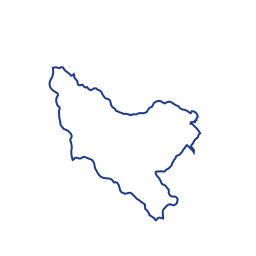 Setubinha, Minas Gerais, Brazil, rotated 323°
{"feature_id": "56859067B2434426876365", "entity_name": "Setubinha", "entity_type": "district", "adm_level": 2, "iso_a3": "BRA", "parent_name": "Brazil", "parent_adm1": "Minas Gerais", "projection": "equal_earth", "projection_center": [-42.151, -17.609], "detail": "fine", "context": "isolated", "style": "outline", "palette": "blue", "viewbox_px": 256, "rotation_deg": 323, "n_neighbors": 0, "source": "geoboundaries", "source_scale": "gbopen_adm2", "svg_char_len": 3750}
<svg xmlns="http://www.w3.org/2000/svg" viewBox="0 0 256 256"><g transform="rotate(323 128 128)"><path d="M94.5,218.2L96.0,218.5L97.6,218.0L99.0,218.3L100.3,219.8L101.4,221.3L102.4,220.6L103.3,218.8L104.2,217.5L105.1,216.0L106.3,214.9L107.9,214.2L109.5,214.0L111.0,213.7L112.3,213.5L114.0,213.5L115.4,214.0L116.3,215.0L117.2,216.4L118.4,217.5L120.4,217.6L121.8,217.4L123.2,216.2L124.8,214.8L125.0,213.1L124.6,211.6L123.4,210.3L122.0,209.3L121.2,207.9L121.0,205.9L121.7,203.9L122.7,202.9L123.4,201.4L123.2,199.2L123.1,196.2L122.1,194.4L121.4,192.6L121.9,191.0L122.3,189.1L122.6,186.9L122.4,184.9L122.4,182.6L122.8,180.8L123.8,179.7L125.2,180.3L126.2,181.0L127.3,182.0L128.5,182.4L129.4,183.5L130.3,184.5L131.6,184.7L132.9,184.4L134.4,184.5L136.3,184.8L138.0,184.4L139.9,184.2L141.1,183.6L142.3,182.5L143.9,182.2L145.1,181.3L147.0,180.9L148.3,180.3L149.6,179.5L151.5,179.9L153.1,180.3L155.2,180.0L157.1,179.5L158.7,178.8L160.2,178.3L161.4,178.1L163.0,177.4L164.7,177.1L165.3,179.5L165.7,182.5L166.1,184.8L165.9,187.0L167.3,185.4L167.4,183.3L167.1,181.3L168.1,179.9L169.4,179.6L170.8,179.5L172.0,178.5L173.5,178.0L175.3,177.5L177.0,177.5L178.6,177.3L179.6,176.3L181.0,175.7L182.4,175.7L182.6,174.0L182.7,172.3L182.7,169.9L182.2,167.6L182.0,165.7L181.7,163.5L180.5,162.1L182.2,161.3L184.0,162.5L185.2,163.5L186.1,162.3L187.5,162.9L188.8,161.3L190.5,161.0L191.2,159.5L191.4,157.6L191.2,156.0L190.5,154.3L189.0,153.0L187.0,153.9L186.2,152.2L185.6,150.1L184.6,148.2L183.3,146.7L182.0,145.0L181.4,143.2L181.4,141.1L180.3,139.2L179.3,137.2L178.6,135.0L178.0,133.3L176.9,131.8L175.6,131.2L174.0,130.7L172.2,130.5L171.1,128.5L170.2,126.1L168.7,124.8L167.6,124.2L165.7,123.8L163.7,123.6L161.9,124.6L160.0,125.4L158.2,125.0L156.7,125.0L154.7,125.5L153.0,126.4L151.4,126.3L149.9,125.8L148.5,125.0L146.8,123.4L145.1,122.6L143.8,122.3L142.6,122.0L141.4,121.0L140.1,119.9L138.5,119.8L137.3,118.7L136.2,116.7L134.3,115.0L132.8,113.9L132.2,112.3L131.0,110.9L129.7,108.5L128.7,106.8L129.2,104.9L128.6,103.3L128.1,101.3L128.5,99.0L129.4,97.3L130.2,95.1L129.6,93.0L128.6,91.8L127.8,90.5L127.7,88.2L127.8,85.8L128.4,83.8L128.3,81.5L127.4,80.2L126.7,78.9L126.3,77.0L124.7,75.9L122.7,75.8L120.9,75.3L120.0,73.3L119.9,70.7L118.4,70.1L117.7,68.2L117.7,66.1L116.1,65.2L114.7,64.6L114.2,62.8L115.1,61.2L115.8,59.9L115.6,57.8L115.4,55.8L116.4,54.0L117.1,52.4L115.4,52.6L114.0,51.9L113.9,50.1L113.5,48.5L113.1,46.8L112.5,44.9L112.2,42.9L112.6,40.7L111.3,39.2L109.4,39.1L108.5,38.1L107.3,36.4L105.8,35.4L104.2,34.7L103.1,36.6L101.8,38.6L100.2,40.0L98.8,41.2L97.3,42.1L95.7,42.7L94.0,43.6L92.3,45.0L91.2,46.7L90.4,48.9L90.4,51.5L90.9,53.5L91.6,55.4L92.6,57.9L91.9,59.7L90.2,60.3L88.5,61.3L87.5,62.5L86.5,63.9L85.8,65.7L85.2,67.8L85.9,69.9L84.8,71.8L83.1,72.8L82.2,74.1L81.4,75.3L80.5,76.8L79.1,78.8L78.4,80.6L77.7,82.1L76.9,83.4L76.0,85.0L76.0,87.5L76.1,89.9L77.3,92.1L78.4,94.1L78.8,96.2L78.9,98.3L78.3,100.4L77.2,101.5L75.8,101.9L74.5,103.0L74.0,104.7L73.3,106.1L72.4,108.2L70.7,110.5L69.3,111.8L68.3,113.0L67.1,114.7L66.1,116.6L65.2,118.5L64.6,120.2L65.9,120.5L67.2,119.9L68.8,120.5L69.9,122.0L71.1,123.4L72.2,123.9L73.5,124.0L75.3,124.4L76.3,125.7L77.2,127.0L78.2,128.8L79.2,130.4L80.0,131.8L80.1,133.9L79.6,136.0L78.7,137.8L77.4,140.5L77.1,143.2L76.8,145.2L76.6,147.6L76.9,150.4L78.0,152.6L79.1,153.7L80.1,154.9L81.9,156.4L83.2,157.9L83.9,159.2L84.1,161.0L84.0,163.0L85.4,163.8L86.4,165.3L86.3,167.6L85.8,169.3L85.1,171.1L84.1,173.3L84.2,175.6L85.1,177.1L85.9,178.5L87.4,179.4L88.9,180.0L90.4,180.7L91.3,181.8L91.7,183.6L92.0,185.8L92.3,188.2L92.6,190.5L93.3,191.9L93.7,193.5L94.2,195.4L94.8,197.2L95.5,199.1L94.3,201.1L93.1,202.8L93.5,204.8L93.5,207.0L93.3,208.9L92.7,210.4L93.6,212.7L94.2,214.6L94.8,216.2L94.5,218.2Z" fill="none" stroke="#1e3a8a" stroke-width="2"/></g></svg>